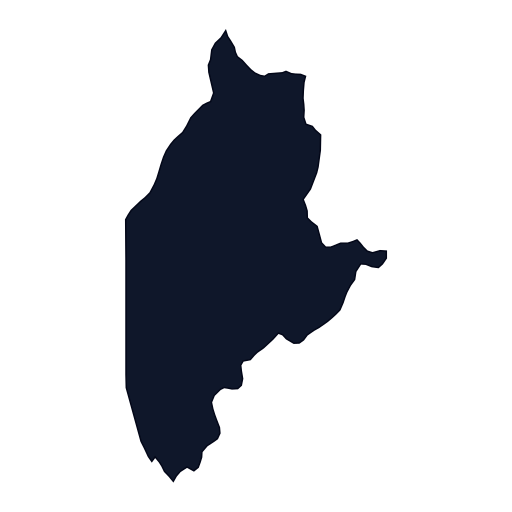 outline of Central do Maranhão, Maranhão, Brazil
{"feature_id": "56859067B32217682416213", "entity_name": "Central do Maranhão", "entity_type": "district", "adm_level": 2, "iso_a3": "BRA", "parent_name": "Brazil", "parent_adm1": "Maranhão", "projection": "equal_earth", "projection_center": [-44.838, -2.255], "detail": "fine", "context": "isolated", "style": "filled", "palette": "ink", "viewbox_px": 512, "rotation_deg": 0, "n_neighbors": 0, "source": "geoboundaries", "source_scale": "gbopen_adm2", "svg_char_len": 1998}
<svg xmlns="http://www.w3.org/2000/svg" viewBox="0 0 512 512"><path d="M354.6,279.5L355.8,271.5L360.7,263.9L365.8,264.2L371.8,266.6L378.4,267.5L382.4,263.9L386.3,258.2L386.3,251.1L380.0,250.7L372.5,252.8L367.2,251.1L363.1,247.0L360.1,243.2L357.0,239.9L353.2,241.5L347.9,243.2L340.7,243.2L330.7,247.2L325.6,247.2L321.5,242.8L319.7,236.0L317.1,226.4L311.2,221.8L307.3,217.9L307.1,210.9L305.5,205.5L303.1,199.4L310.4,189.0L316.6,172.8L318.0,167.1L320.3,150.2L320.6,134.9L315.3,130.2L312.3,126.4L305.9,124.2L303.7,117.3L304.1,110.3L303.7,104.2L303.0,98.3L303.3,90.8L304.0,82.3L305.5,76.3L300.6,74.4L295.5,74.2L291.3,73.7L286.0,71.4L282.4,72.8L268.5,73.9L264.7,76.3L260.2,75.5L254.8,73.0L250.7,69.7L246.5,65.3L242.1,60.4L237.3,56.7L235.3,52.2L234.3,47.3L230.6,41.1L227.6,36.5L225.7,30.7L221.1,37.8L215.4,43.2L211.8,49.8L210.6,59.7L208.4,65.1L208.9,72.3L211.4,83.1L213.7,93.0L210.6,101.6L206.8,103.2L202.8,105.3L194.7,113.5L190.9,117.7L186.8,125.9L182.7,132.5L178.1,136.5L174.3,140.0L170.8,144.2L166.4,150.8L163.6,157.1L161.1,164.6L158.9,172.1L156.9,178.6L154.3,184.7L150.0,192.8L144.8,198.0L140.7,201.3L131.2,210.4L128.3,214.9L125.7,219.6L126.0,260.6L126.0,268.5L126.0,284.4L126.0,360.8L126.0,374.6L126.3,387.7L141.1,441.4L144.4,447.9L148.4,456.5L151.8,461.4L155.1,456.9L159.3,461.9L161.9,466.0L164.5,471.4L169.1,476.2L173.3,481.3L176.2,476.1L180.1,471.5L187.0,467.0L193.9,470.8L198.2,467.3L200.1,462.1L201.6,457.2L201.9,451.8L207.1,445.7L214.1,441.1L217.4,438.7L219.9,433.2L219.4,427.5L216.4,419.7L214.6,414.8L212.8,409.0L211.4,402.3L214.2,395.4L220.3,389.4L224.1,387.5L228.1,388.1L232.0,388.9L237.7,388.6L241.3,385.3L242.6,378.7L241.3,370.8L240.7,365.2L243.1,361.0L250.3,359.6L254.1,355.2L257.1,352.3L263.5,347.8L272.8,339.2L278.3,333.1L282.6,334.7L286.4,338.8L293.8,343.2L299.2,343.0L303.5,339.9L307.1,335.0L313.8,330.3L319.1,327.3L327.5,321.4L332.1,317.5L335.9,314.0L339.9,309.9L343.0,302.7L345.1,296.4L346.9,291.9L350.4,285.3L354.6,279.5Z" fill="#0f172a" stroke="#020617" stroke-width="1.5"/></svg>